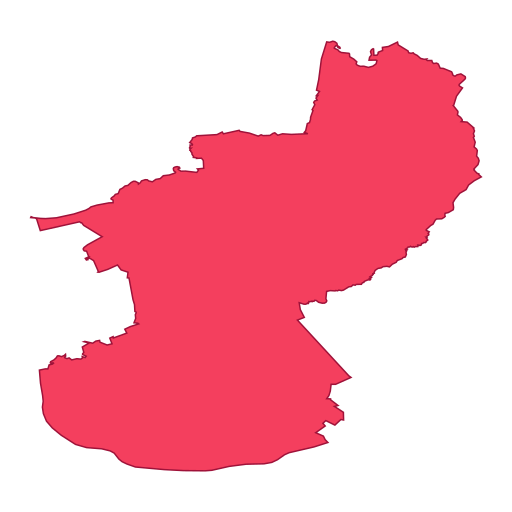 outline of Krāslavas pag., Kraslavas, Latvia
{"feature_id": "27541924B24537729982131", "entity_name": "Krāslavas pag.", "entity_type": "district", "adm_level": 2, "iso_a3": "LVA", "parent_name": "Latvia", "parent_adm1": "Kraslavas", "projection": "robinson", "projection_center": [27.246, 55.909], "detail": "fine", "context": "isolated", "style": "filled", "palette": "rose", "viewbox_px": 512, "rotation_deg": 0, "n_neighbors": 0, "source": "geoboundaries", "source_scale": "gbopen_adm2", "svg_char_len": 5945}
<svg xmlns="http://www.w3.org/2000/svg" viewBox="0 0 512 512"><path d="M445.1,213.3L448.3,212.6L453.3,209.7L453.6,207.4L453.0,202.7L455.0,199.2L459.7,193.3L466.1,189.6L468.6,185.0L474.3,180.7L481.3,176.9L478.7,174.5L478.9,173.9L477.0,173.2L474.0,170.0L474.3,169.7L473.9,169.0L478.0,164.6L479.1,160.8L478.3,158.2L476.6,156.2L477.3,150.5L476.5,149.0L474.1,146.9L475.2,142.2L473.4,137.4L474.3,136.3L473.4,133.7L474.5,130.9L473.3,128.1L473.8,127.9L467.1,122.1L461.2,121.6L462.3,120.4L462.2,119.7L460.6,117.4L457.4,114.9L458.0,112.0L457.7,111.1L453.2,105.5L453.7,105.2L456.5,96.2L462.5,87.9L459.6,86.1L459.0,85.1L459.3,84.3L465.0,79.1L465.5,78.0L465.2,76.6L460.9,73.9L456.8,74.9L455.3,76.1L454.3,76.0L452.6,74.8L452.5,73.6L451.6,71.8L443.3,68.4L440.2,68.2L438.3,64.0L436.6,63.1L433.6,63.5L432.4,62.4L431.8,60.5L427.3,60.5L426.2,59.6L426.7,59.0L424.2,59.3L420.6,58.4L417.2,55.4L414.2,53.9L413.2,52.8L411.0,53.3L408.6,52.7L408.1,51.0L398.2,44.9L397.5,42.1L388.4,46.5L382.4,47.4L382.6,50.5L378.4,52.1L378.1,52.6L378.3,53.3L377.0,55.2L373.9,55.3L373.6,49.0L373.1,48.7L371.5,49.7L370.5,51.6L371.5,55.0L369.6,57.2L369.0,60.2L375.9,60.1L376.9,60.5L376.2,63.6L375.6,64.2L372.8,66.2L368.4,67.4L363.8,66.2L360.2,66.3L357.3,65.2L356.1,63.9L356.8,61.8L353.8,59.1L349.7,56.7L349.5,53.9L349.0,53.3L341.3,52.5L339.2,51.4L337.9,49.9L334.6,48.4L334.2,48.0L334.5,47.4L335.8,45.7L337.1,45.9L337.9,47.4L339.9,48.4L340.2,48.1L339.8,47.2L337.4,45.6L336.9,43.3L334.8,41.7L332.8,41.2L329.6,42.3L326.7,41.9L321.4,59.0L318.7,79.7L316.5,90.2L319.5,91.4L316.4,95.6L317.9,95.5L316.0,98.1L317.2,100.1L314.6,101.0L313.7,102.4L314.8,104.7L312.1,109.7L313.0,110.5L310.6,117.2L310.5,119.4L309.9,121.4L309.5,122.6L307.3,123.6L305.7,130.7L304.3,132.4L307.9,133.7L291.4,134.4L282.5,133.8L277.8,135.2L274.8,132.8L272.9,133.4L270.0,135.4L263.1,135.6L261.1,134.8L258.2,136.1L249.4,133.1L240.0,131.4L239.2,130.3L223.4,133.8L222.2,132.0L217.0,134.6L196.6,135.8L195.5,136.9L192.5,137.9L192.2,139.4L189.7,142.6L191.7,143.5L192.5,144.7L192.3,145.1L190.1,145.0L190.1,146.6L189.5,147.9L189.9,148.4L190.9,148.3L190.1,149.0L189.8,150.2L190.6,150.5L190.8,151.6L191.8,152.5L192.0,154.3L193.5,156.5L193.3,157.4L196.4,157.8L197.0,158.0L196.8,158.4L201.5,158.2L203.3,160.5L203.7,168.3L197.4,168.9L198.5,170.1L196.8,172.4L185.5,171.1L180.9,171.2L178.1,169.3L178.4,168.5L179.8,168.1L179.4,167.2L177.1,166.6L175.1,167.0L173.7,167.7L173.3,168.6L173.7,170.7L175.6,172.2L175.1,173.0L169.3,175.0L163.3,175.7L160.2,178.6L155.8,179.4L152.4,181.8L148.6,180.9L147.4,179.8L145.2,179.7L141.5,180.9L140.3,182.7L138.4,184.1L138.2,182.8L135.2,181.3L133.4,181.3L131.1,182.5L127.9,185.4L125.0,186.0L122.4,188.2L119.9,189.4L118.2,193.6L115.3,194.4L114.3,195.8L111.7,197.7L111.0,198.5L111.1,199.1L113.1,200.2L113.1,202.7L108.8,202.9L97.0,205.1L90.9,206.9L89.1,208.4L85.7,210.2L73.9,214.0L56.4,217.8L45.4,218.6L40.5,218.4L33.3,217.6L31.1,216.7L30.7,217.6L35.3,218.0L36.6,218.9L40.3,230.6L79.6,221.8L80.7,222.7L81.6,222.7L83.7,225.4L102.2,236.7L87.5,244.8L84.0,247.5L83.2,248.8L83.4,249.8L84.3,250.9L86.6,251.2L88.6,256.4L89.1,256.7L85.3,258.4L86.4,260.0L87.7,259.7L87.3,259.1L89.5,258.1L93.6,260.6L97.8,270.2L98.3,271.8L98.0,272.1L99.2,272.2L107.7,269.4L117.5,265.0L121.1,269.9L128.0,272.2L127.3,277.8L129.0,278.0L133.0,299.6L134.5,304.6L134.9,311.5L135.9,311.9L136.2,312.8L135.3,314.7L135.7,318.4L134.0,322.8L137.9,323.2L138.7,323.9L130.3,326.6L124.8,329.2L126.8,333.1L113.3,338.0L113.1,336.6L109.8,338.1L112.0,343.8L107.1,345.0L100.0,342.2L99.6,340.4L95.8,341.1L92.7,343.2L84.8,341.4L84.0,341.7L89.1,343.0L82.3,347.0L83.8,352.4L82.6,353.8L82.6,354.5L86.2,356.2L85.2,357.6L82.2,356.6L82.5,358.0L80.8,359.1L76.9,358.7L71.7,359.9L69.1,357.9L67.0,358.6L65.0,357.9L64.6,357.3L65.7,356.1L65.5,354.3L64.3,355.4L61.6,356.6L58.9,355.8L57.4,355.9L56.2,357.8L53.8,360.0L50.7,361.6L50.3,362.8L50.9,363.2L53.1,362.8L53.5,363.2L52.5,364.1L49.1,364.9L47.9,368.9L45.2,368.9L39.4,370.1L40.5,383.2L42.6,395.5L43.2,401.3L42.4,407.1L43.4,413.7L46.5,421.2L52.4,428.0L61.3,435.3L75.5,444.4L86.6,447.6L101.7,448.8L110.2,450.9L114.2,453.1L118.9,459.1L122.1,461.7L126.9,464.0L135.4,467.0L164.3,469.6L183.6,470.6L205.2,470.8L211.8,470.3L229.1,466.4L246.2,464.2L264.1,463.8L271.8,462.4L277.5,459.7L284.6,454.7L289.1,452.7L314.1,446.9L327.9,442.5L325.1,439.6L323.4,436.1L315.7,432.7L325.2,426.0L322.9,423.3L325.8,420.6L334.9,425.1L340.9,419.5L343.6,420.0L343.4,412.3L334.4,406.4L338.0,405.5L330.6,399.8L330.6,398.9L326.7,398.7L328.9,395.6L330.3,391.1L331.1,384.3L335.6,384.3L351.0,377.4L348.8,375.8L297.4,320.1L304.3,317.4L300.3,309.6L299.2,302.7L304.0,304.2L305.9,304.2L307.4,303.1L307.8,303.6L308.4,303.5L308.9,301.5L309.8,301.8L311.3,301.2L312.0,301.7L312.3,301.2L314.0,301.3L314.7,300.3L316.3,300.5L318.6,302.3L322.2,303.2L324.6,303.1L326.1,302.2L326.8,300.9L325.9,298.8L326.6,291.4L330.2,290.6L335.2,290.9L335.7,290.5L337.6,290.8L338.8,290.1L341.5,290.6L343.5,290.1L348.8,286.8L351.3,286.5L353.0,284.9L355.3,285.2L356.2,284.4L361.4,284.3L362.4,282.8L363.9,282.4L364.0,281.7L365.1,281.0L368.1,279.8L370.0,280.0L370.7,279.1L369.4,278.3L371.3,277.5L370.1,276.7L372.3,275.5L372.6,274.4L373.1,274.4L372.9,273.7L374.2,273.2L374.0,272.9L375.1,270.4L378.0,268.4L381.2,267.9L383.0,266.7L386.9,266.3L389.5,266.9L392.3,264.2L396.2,262.3L397.3,260.5L402.0,258.7L403.1,257.5L405.3,257.0L406.4,254.5L406.0,252.5L406.5,251.2L406.0,250.9L406.8,250.1L405.7,250.1L405.5,249.6L407.0,249.6L406.9,249.0L406.1,248.8L407.7,247.8L408.1,247.0L409.8,247.0L410.4,246.3L412.1,247.1L413.4,246.6L414.1,247.2L415.4,246.6L417.7,246.6L417.7,245.9L418.8,245.6L418.4,245.1L420.5,245.4L421.3,244.9L421.5,243.5L422.8,243.4L423.7,242.5L425.2,242.7L426.3,241.8L426.2,241.3L427.8,240.0L426.4,238.2L427.0,237.8L426.1,237.1L426.9,237.0L427.0,236.2L428.8,234.8L428.7,233.8L428.1,233.3L429.2,231.8L426.3,230.4L426.2,229.6L430.7,225.5L433.0,224.2L435.2,220.2L436.5,219.0L441.8,218.8L444.1,217.4L445.2,216.4L444.8,215.1L445.1,213.3Z" fill="#f43f5e" stroke="#9f1239" stroke-width="1.5"/></svg>